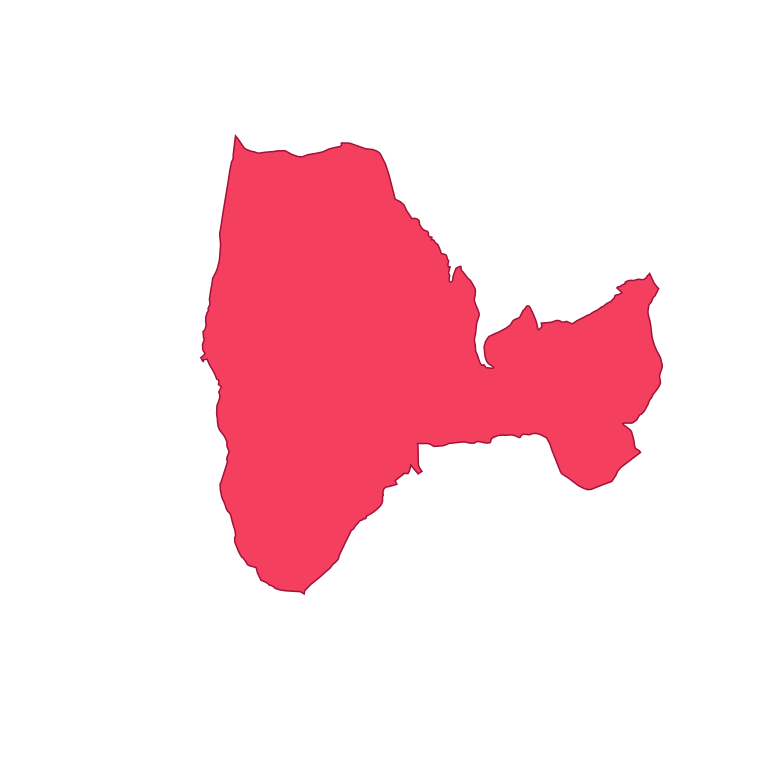 Oncesti, Maramures, Romania (Robinson projection), rotated 31°
{"feature_id": "2599482B10269733092117", "entity_name": "Oncesti", "entity_type": "district", "adm_level": 2, "iso_a3": "ROU", "parent_name": "Romania", "parent_adm1": "Maramures", "projection": "robinson", "projection_center": [23.991, 47.848], "detail": "fine", "context": "isolated", "style": "filled", "palette": "rose", "viewbox_px": 768, "rotation_deg": 31, "n_neighbors": 0, "source": "geoboundaries", "source_scale": "gbopen_adm2", "svg_char_len": 6158}
<svg xmlns="http://www.w3.org/2000/svg" viewBox="0 0 768 768"><g transform="rotate(31 384 384)"><path d="M423.7,605.1L422.5,601.8L424.5,593.4L428.1,583.7L430.6,575.5L432.5,569.9L433.1,564.9L434.3,561.7L435.0,557.3L433.9,554.0L432.3,537.6L431.4,526.3L432.5,524.0L432.6,520.0L433.3,517.1L433.6,514.3L434.3,512.8L435.4,511.8L435.7,510.5L437.7,508.7L437.2,506.0L439.5,502.1L441.4,498.1L443.0,493.2L443.7,489.9L443.5,486.3L442.7,484.4L441.2,482.1L440.8,481.2L440.7,479.8L438.6,477.1L438.3,475.4L437.8,474.0L438.3,472.8L438.8,471.2L440.9,469.6L446.7,463.3L443.3,461.1L447.1,451.3L446.9,450.6L447.4,450.2L450.7,448.4L450.6,445.8L449.3,441.1L448.6,439.7L459.6,443.5L460.7,440.9L461.6,439.4L457.5,437.5L455.4,435.9L453.8,433.6L445.0,419.5L443.3,417.8L452.3,412.4L454.1,411.9L455.7,411.7L457.1,411.9L459.1,411.7L466.3,406.6L468.7,403.9L470.3,401.5L480.0,394.1L483.0,392.1L488.1,390.4L491.7,388.3L493.4,385.3L496.4,383.9L499.7,382.9L502.8,381.5L505.1,379.8L505.2,378.8L504.2,375.8L505.5,373.0L506.8,371.6L507.6,370.1L509.5,368.5L511.7,366.9L514.3,365.5L519.6,361.9L522.6,360.9L527.4,360.3L528.2,359.7L528.3,357.2L528.7,356.0L529.6,355.1L532.4,353.7L534.4,352.9L535.5,351.9L536.5,350.4L538.6,348.7L540.2,347.9L543.8,346.8L551.1,346.4L557.3,350.1L562.0,354.2L579.9,367.9L582.5,369.4L590.0,369.6L603.1,371.0L608.5,370.6L612.8,369.8L615.9,367.6L623.0,358.2L629.4,350.3L629.8,343.4L629.2,338.0L630.1,333.2L639.1,310.5L637.1,309.7L632.7,309.7L630.8,308.1L627.5,304.0L624.6,301.0L620.6,297.3L618.6,296.5L610.4,295.6L608.9,294.9L610.9,293.2L616.6,289.9L617.7,288.0L619.1,284.8L619.0,279.1L620.3,276.9L621.1,273.3L620.8,265.4L620.1,262.3L620.1,259.9L620.4,257.5L620.0,255.1L620.9,247.1L620.9,243.1L620.3,240.4L616.2,235.5L615.3,232.9L614.0,226.7L612.6,224.1L610.5,222.3L607.6,219.2L604.5,217.2L601.1,215.3L597.0,212.4L592.7,208.8L589.2,205.2L582.5,196.5L579.0,192.5L575.5,189.2L573.1,186.4L570.3,179.8L570.9,176.4L570.7,174.2L570.2,171.2L570.9,169.0L570.3,160.8L567.0,159.8L563.2,158.2L554.8,152.4L554.5,154.4L553.9,155.8L554.2,157.5L553.5,159.4L552.1,161.4L548.1,163.1L544.5,166.9L542.6,167.7L540.2,169.6L538.5,171.9L538.5,173.0L539.3,173.3L537.0,176.8L536.1,178.8L534.5,180.1L534.1,181.7L539.1,182.7L540.9,183.3L539.7,185.7L537.8,187.5L536.7,188.7L536.5,189.7L537.1,191.4L535.8,196.8L533.9,199.5L532.9,201.8L531.8,205.1L531.0,205.5L528.7,211.0L527.3,213.0L525.7,215.8L524.7,218.4L522.2,221.3L521.5,223.1L520.0,225.2L516.7,230.5L514.6,235.0L513.7,235.7L508.4,236.2L507.2,237.4L504.9,239.3L502.2,239.3L500.9,239.7L499.1,240.7L495.5,245.0L487.5,250.8L489.8,253.4L489.3,256.0L488.7,257.7L488.2,257.9L487.6,257.6L483.3,253.0L480.9,250.9L474.0,245.8L469.8,243.2L468.5,242.7L467.7,242.6L467.0,242.9L466.4,243.6L466.1,244.5L466.0,247.2L465.4,249.4L465.9,256.8L465.5,258.0L462.9,261.3L462.1,262.9L461.9,264.4L461.9,268.0L461.7,268.8L460.1,272.7L458.9,274.9L455.4,280.7L453.1,283.7L449.5,289.2L449.2,291.2L449.2,295.7L449.7,297.1L450.5,300.3L454.6,306.0L457.4,309.3L460.1,311.5L462.9,312.7L468.4,313.0L469.5,313.6L469.0,314.7L464.9,316.5L463.2,317.5L459.6,316.0L458.3,317.7L454.9,316.1L449.4,311.3L445.6,308.6L442.0,303.3L439.4,300.6L438.0,298.0L436.5,293.6L432.1,284.1L430.3,276.3L429.2,274.5L426.4,272.1L422.1,269.1L418.9,266.4L417.5,264.3L416.6,261.3L414.5,257.1L412.7,255.2L407.4,252.1L404.5,250.7L401.4,250.2L393.9,247.2L392.1,246.9L390.3,245.0L389.6,243.8L389.2,243.6L388.3,244.4L386.2,247.6L386.8,251.5L387.4,254.5L388.0,256.8L389.1,258.7L389.5,260.0L389.4,261.3L389.0,262.2L388.3,262.6L387.7,262.6L387.2,262.3L385.8,260.6L384.8,258.5L384.6,257.4L384.1,256.8L382.9,256.3L381.9,255.0L381.4,253.0L380.6,250.9L380.7,250.3L380.4,249.6L380.0,249.5L379.7,249.7L379.4,250.4L378.8,250.4L378.4,250.1L377.8,249.5L376.5,246.9L376.3,245.6L375.7,244.9L374.3,244.5L371.6,241.9L370.8,241.5L369.5,241.5L366.3,242.6L365.5,242.4L364.5,241.3L361.8,239.2L358.5,236.9L354.9,236.3L353.2,235.3L352.3,235.1L351.6,235.3L350.3,236.0L350.0,235.8L349.9,234.2L349.4,233.5L348.8,233.6L348.2,234.2L346.5,234.2L345.6,233.8L344.3,231.6L342.8,230.8L339.6,231.4L337.1,231.2L334.9,230.4L332.2,228.7L330.1,226.0L329.1,225.7L327.1,225.5L325.6,225.9L322.9,227.6L322.0,227.6L319.4,226.2L313.7,223.5L309.4,220.5L306.5,219.7L304.2,219.4L298.4,219.8L280.9,202.5L272.3,195.0L263.8,189.5L262.3,188.6L260.9,188.2L258.3,188.0L253.8,188.7L247.2,191.8L230.6,195.2L223.9,198.9L223.5,199.3L223.4,199.8L224.6,201.1L224.6,201.8L224.1,203.0L220.3,206.4L215.9,210.8L212.0,216.5L207.9,220.4L200.5,226.8L197.1,231.2L195.4,232.3L192.9,233.4L190.0,234.0L186.6,234.7L180.1,234.9L178.7,235.1L177.4,236.1L176.6,236.5L171.9,239.5L170.1,241.2L162.2,247.0L157.6,250.8L155.5,251.4L154.1,251.6L149.0,253.2L145.9,253.7L143.6,253.8L142.6,253.7L132.5,249.0L128.9,247.8L136.6,265.0L138.6,268.5L139.1,272.7L142.1,280.9L145.0,287.9L158.3,321.4L162.1,330.5L165.8,340.0L172.0,348.5L173.7,351.7L178.2,360.7L179.6,364.0L181.7,371.1L182.3,374.8L182.5,378.7L182.7,381.5L185.3,387.8L187.2,392.9L190.7,401.3L193.7,405.1L194.3,409.7L195.0,410.8L195.8,411.5L195.6,414.1L196.3,416.4L196.8,418.7L200.1,424.0L201.0,424.5L202.6,429.7L201.9,432.4L204.2,435.4L205.5,437.4L207.0,438.0L207.3,440.2L208.0,443.4L209.6,446.0L211.5,448.4L212.7,449.0L215.0,449.9L214.1,454.1L213.3,455.8L213.9,456.0L216.3,457.6L217.2,457.8L217.6,457.7L217.5,457.4L216.9,457.1L216.8,456.5L217.0,456.1L219.7,453.8L222.0,455.6L224.1,457.1L227.0,458.8L229.1,459.8L233.5,462.4L238.2,466.0L240.0,465.9L240.8,466.3L241.3,466.9L242.1,469.5L242.9,469.9L246.0,470.0L246.5,476.0L248.6,477.7L250.1,479.9L251.1,483.7L251.7,487.4L252.0,488.7L255.9,495.8L259.2,499.8L261.2,502.8L263.6,505.7L266.9,508.2L273.0,510.5L274.6,511.3L279.1,514.4L281.5,518.3L285.8,521.5L286.7,524.3L287.1,527.6L288.4,530.1L289.0,530.7L289.9,531.2L295.0,552.7L294.8,553.7L298.1,558.9L303.4,564.7L309.3,568.8L313.2,572.3L315.2,573.4L318.2,574.3L319.7,575.0L325.9,581.2L331.6,586.2L335.0,590.5L335.1,592.5L336.6,595.1L337.8,596.5L344.1,601.4L347.5,603.7L351.4,605.8L352.9,605.7L358.3,608.1L359.8,609.1L362.7,609.0L368.9,607.2L373.2,611.4L379.7,615.6L384.0,614.9L386.7,614.8L389.5,615.5L391.0,614.8L393.5,614.7L396.0,615.2L400.6,614.2L406.0,612.0L419.3,605.1L423.7,605.1Z" fill="#f43f5e" stroke="#9f1239" stroke-width="1.5"/></g></svg>